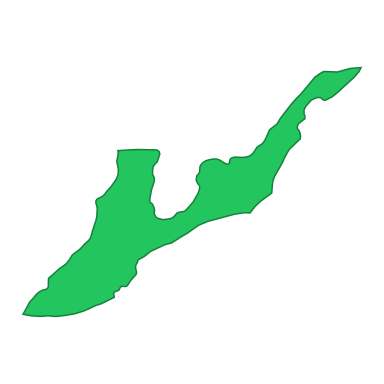 San Felipe, Retalhuleu, Guatemala (Natural Earth projection)
{"feature_id": "79465075B46607071550315", "entity_name": "San Felipe", "entity_type": "district", "adm_level": 2, "iso_a3": "GTM", "parent_name": "Guatemala", "parent_adm1": "Retalhuleu", "projection": "natural_earth1", "projection_center": [-91.601, 14.638], "detail": "fine", "context": "isolated", "style": "filled", "palette": "green", "viewbox_px": 384, "rotation_deg": 0, "n_neighbors": 0, "source": "geoboundaries", "source_scale": "gbopen_adm2", "svg_char_len": 3288}
<svg xmlns="http://www.w3.org/2000/svg" viewBox="0 0 384 384"><path d="M56.6,271.2L51.7,275.6L49.9,277.1L48.6,278.2L48.4,280.3L48.3,284.1L48.3,285.4L48.2,287.1L47.6,288.2L46.1,289.3L44.9,289.7L43.3,289.9L40.3,291.4L38.9,292.1L37.1,293.7L36.0,294.8L33.9,297.5L30.9,300.8L29.5,302.3L27.7,305.8L24.9,310.9L23.0,314.3L31.8,315.9L40.4,316.4L44.6,316.1L48.0,315.8L54.4,316.4L57.0,316.4L65.3,315.4L74.7,313.8L83.7,311.0L89.9,308.3L96.2,305.3L100.4,304.1L105.5,301.7L113.2,297.8L114.3,297.3L113.6,293.2L114.8,291.7L118.7,290.4L119.6,288.8L120.6,286.9L122.3,286.3L125.3,286.5L126.5,286.3L127.5,285.4L128.7,283.6L129.5,282.3L130.7,280.5L136.1,274.4L136.6,272.3L135.6,268.1L135.6,266.2L136.2,264.4L137.0,263.0L137.6,261.8L138.1,259.9L144.5,256.3L150.6,251.4L164.9,244.7L171.5,243.0L180.9,237.0L187.5,233.1L198.5,225.3L207.8,221.4L234.6,214.2L244.5,212.7L250.0,213.0L255.1,206.4L260.4,201.4L271.7,193.1L272.6,182.6L273.5,179.2L274.8,176.0L282.5,162.4L284.6,157.6L289.2,149.4L300.2,138.9L300.6,136.6L300.3,134.2L299.9,132.6L298.8,130.3L297.4,128.6L297.3,126.5L298.1,124.4L299.3,123.0L304.8,118.8L305.0,117.5L304.8,115.7L304.1,114.0L304.0,110.5L304.7,108.2L305.5,106.7L311.1,100.3L314.9,98.4L317.9,97.4L320.9,97.8L322.5,99.3L323.6,100.1L325.1,100.4L332.2,96.8L337.8,92.3L339.6,90.6L354.2,77.2L359.0,71.7L361.0,67.6L350.5,68.4L337.3,72.0L323.6,71.5L319.6,73.8L314.8,77.3L301.3,93.5L296.0,98.9L290.8,104.8L286.7,110.1L284.5,112.9L280.1,118.8L276.9,124.1L270.5,129.0L269.5,130.0L268.5,132.1L267.0,135.8L265.3,139.3L263.9,141.7L262.5,143.5L260.9,144.6L259.3,145.7L257.9,146.4L256.7,147.7L255.7,149.2L254.6,151.1L253.0,153.1L251.5,154.8L250.0,155.7L247.1,156.8L244.5,157.3L240.9,157.4L237.2,157.2L235.0,157.1L233.9,157.2L231.3,158.1L229.9,159.7L229.6,162.2L228.9,163.8L227.5,164.2L226.3,164.0L225.1,163.4L223.0,162.2L220.5,160.5L218.5,159.6L217.4,159.2L215.4,159.0L213.1,159.0L211.9,159.2L209.1,159.8L205.9,160.7L203.5,162.2L201.6,163.9L200.5,165.5L200.0,166.6L199.9,168.1L199.6,171.5L199.2,173.0L198.2,174.4L196.9,175.7L196.3,178.8L196.3,180.5L197.1,182.5L198.7,184.8L199.6,185.9L199.7,187.7L198.9,191.1L198.0,193.3L193.2,201.9L188.5,207.3L185.7,210.3L184.4,211.2L183.1,211.6L180.5,212.0L178.7,212.3L177.6,212.7L176.3,213.8L175.0,215.4L174.1,216.5L173.0,217.3L170.8,218.5L168.8,219.0L167.2,219.2L165.9,219.3L163.3,219.7L158.5,218.5L156.6,217.6L155.8,216.8L154.4,214.5L154.3,212.8L154.5,211.1L154.5,209.6L154.1,208.0L153.5,206.2L152.0,203.6L150.0,202.3L149.7,200.2L151.3,190.6L154.3,181.1L154.3,177.9L153.5,176.0L152.6,174.7L152.6,170.7L153.1,166.9L155.1,164.0L157.3,161.8L159.8,154.1L159.4,152.1L158.4,150.8L156.4,149.9L137.2,149.5L117.9,150.6L118.1,153.0L118.0,154.5L117.6,157.3L117.3,158.8L116.9,160.2L116.8,161.8L117.5,164.8L118.1,167.7L118.3,169.3L118.3,171.4L118.1,174.3L116.3,179.2L111.2,186.4L110.3,187.5L106.8,191.3L105.0,193.7L103.8,195.2L102.6,196.2L100.1,197.5L97.0,199.1L95.9,200.9L95.9,203.1L96.4,204.8L97.1,207.4L97.2,208.8L97.1,211.0L97.0,213.4L96.8,216.4L96.1,219.9L92.8,230.0L92.2,231.9L91.9,233.2L90.8,237.1L89.9,238.8L88.5,240.6L84.7,243.9L83.2,245.7L81.9,247.1L81.0,248.0L80.0,249.1L78.5,250.3L76.9,251.4L75.4,252.6L73.8,253.8L72.1,255.3L71.2,256.8L69.1,260.2L66.8,263.1L65.5,264.3L61.6,267.2L59.7,268.4L58.6,269.3L56.6,271.2Z" fill="#22c55e" stroke="#15803d" stroke-width="1.5"/></svg>